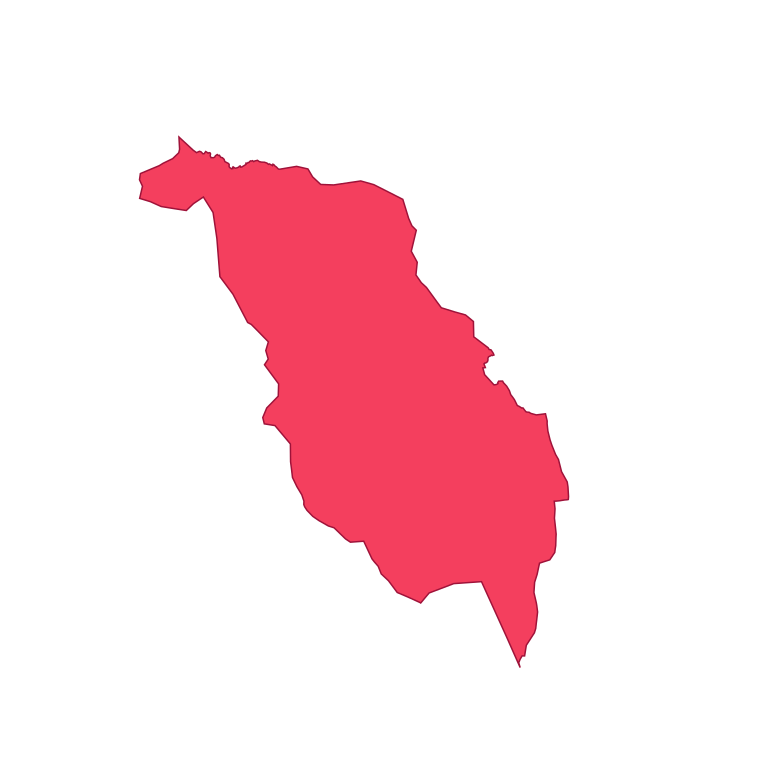 outline of Kokona, Nassarawa, Nigeria, rotated 152°
{"feature_id": "59680162B28903777440270", "entity_name": "Kokona", "entity_type": "district", "adm_level": 2, "iso_a3": "NGA", "parent_name": "Nigeria", "parent_adm1": "Nassarawa", "projection": "equal_earth", "projection_center": [8.04, 8.812], "detail": "fine", "context": "isolated", "style": "filled", "palette": "rose", "viewbox_px": 768, "rotation_deg": 152, "n_neighbors": 0, "source": "geoboundaries", "source_scale": "gbopen_adm2", "svg_char_len": 3254}
<svg xmlns="http://www.w3.org/2000/svg" viewBox="0 0 768 768"><g transform="rotate(152 384 384)"><path d="M396.9,69.7L395.9,74.6L393.1,77.0L390.0,78.9L389.7,79.1L389.1,78.8L387.5,77.9L381.0,86.5L368.0,93.7L366.1,95.6L364.8,96.9L361.9,101.2L360.0,103.9L355.4,110.6L353.1,116.7L352.3,119.1L351.0,123.9L349.5,129.5L344.1,138.2L338.2,144.0L334.0,149.0L330.8,152.8L325.6,151.9L320.2,150.9L312.3,155.1L310.4,157.8L308.3,160.6L304.0,168.1L302.5,170.6L300.0,176.7L296.5,185.5L294.4,188.9L291.6,193.5L289.8,197.9L288.7,200.6L286.8,199.7L283.6,198.4L279.2,196.9L276.6,195.8L275.5,195.5L274.0,197.8L269.9,206.7L268.2,211.5L268.4,223.2L265.4,235.4L265.6,241.2L264.5,251.3L263.6,256.7L261.4,265.5L258.6,272.4L257.3,274.7L255.4,281.9L264.0,285.2L267.6,288.6L268.3,289.3L269.1,290.9L269.9,291.4L271.0,292.1L271.7,292.9L272.1,294.9L272.5,297.6L273.7,298.2L275.1,300.7L276.4,302.4L276.2,309.0L276.6,312.1L277.1,315.1L276.4,319.3L276.7,324.5L277.9,329.0L277.9,330.9L278.9,331.4L281.4,332.7L282.9,331.8L283.2,330.8L285.2,330.8L287.3,331.6L290.8,345.1L290.5,346.0L289.2,351.8L288.5,351.5L286.8,350.9L286.3,354.8L285.4,355.2L284.2,354.8L282.2,355.1L280.9,356.4L280.3,357.8L279.0,358.9L278.0,358.9L276.6,358.8L275.6,359.0L275.1,358.3L273.3,358.0L273.1,359.9L273.3,362.2L273.5,363.9L275.0,365.2L275.0,367.0L282.6,383.5L275.7,397.2L279.6,406.7L288.1,414.8L297.6,424.4L298.7,431.6L301.2,449.3L303.5,455.9L304.6,465.3L297.5,475.9L297.6,488.4L283.3,504.6L285.1,510.6L284.5,518.6L280.7,538.2L299.4,564.8L309.2,574.2L335.0,583.4L346.2,589.9L349.8,600.4L350.2,609.6L359.0,617.2L375.2,622.6L376.3,623.3L377.2,626.3L377.9,627.6L378.3,629.4L378.9,630.2L379.9,629.2L380.5,630.2L382.0,632.2L382.9,632.2L383.6,634.0L385.4,635.9L388.1,637.5L389.7,638.9L390.7,640.9L393.5,641.6L394.6,641.5L395.2,642.9L396.2,643.0L397.2,643.7L398.1,643.5L399.2,643.0L400.0,643.4L400.7,643.1L401.6,643.5L402.3,643.8L402.7,642.7L405.1,642.5L407.7,642.4L408.7,642.7L408.6,644.0L409.4,644.2L410.5,643.7L412.4,643.9L414.1,644.4L415.3,646.6L416.0,646.4L416.3,645.2L417.6,645.6L418.7,647.7L418.6,649.0L417.7,650.3L417.7,651.6L420.1,655.1L419.7,657.5L420.4,659.6L421.8,661.0L421.9,663.2L422.9,663.5L423.5,664.9L425.6,664.7L427.1,663.8L428.4,663.9L430.5,665.1L430.3,667.2L429.1,668.6L429.1,669.8L429.8,670.4L430.9,670.4L431.8,672.2L432.3,673.0L434.7,671.8L435.8,672.3L436.6,675.0L437.7,676.1L440.9,676.3L442.7,680.0L449.1,698.3L454.3,687.2L456.7,684.5L464.8,682.2L475.4,682.6L479.9,682.3L500.3,684.2L504.0,679.1L504.4,672.0L512.6,662.6L504.7,654.7L497.4,645.3L486.6,637.1L477.1,630.0L467.5,632.7L455.7,633.9L454.4,615.7L461.0,597.2L463.3,590.8L478.5,555.8L477.3,548.0L475.2,534.2L475.5,502.3L473.2,498.9L470.8,490.9L466.3,475.5L472.7,469.0L474.5,460.4L480.5,457.1L477.0,433.6L483.1,422.9L498.8,417.9L506.8,411.3L508.4,405.0L499.8,398.5L494.8,375.0L503.0,359.2L505.8,351.8L508.7,344.4L509.1,334.3L508.6,324.7L509.2,321.2L509.7,318.2L511.4,315.2L511.7,312.8L511.3,308.5L509.0,300.5L505.5,293.8L499.8,284.8L495.6,280.5L490.7,265.3L487.9,260.1L475.7,254.7L476.7,235.3L476.7,235.2L476.0,231.3L474.7,225.8L475.6,217.6L472.4,208.2L470.2,193.7L463.0,184.8L454.7,174.0L454.4,173.4L442.3,178.3L416.1,175.0L394.3,165.3L390.7,163.7L394.5,103.1L396.4,76.6L396.9,69.7Z" fill="#f43f5e" stroke="#9f1239" stroke-width="1.5"/></g></svg>